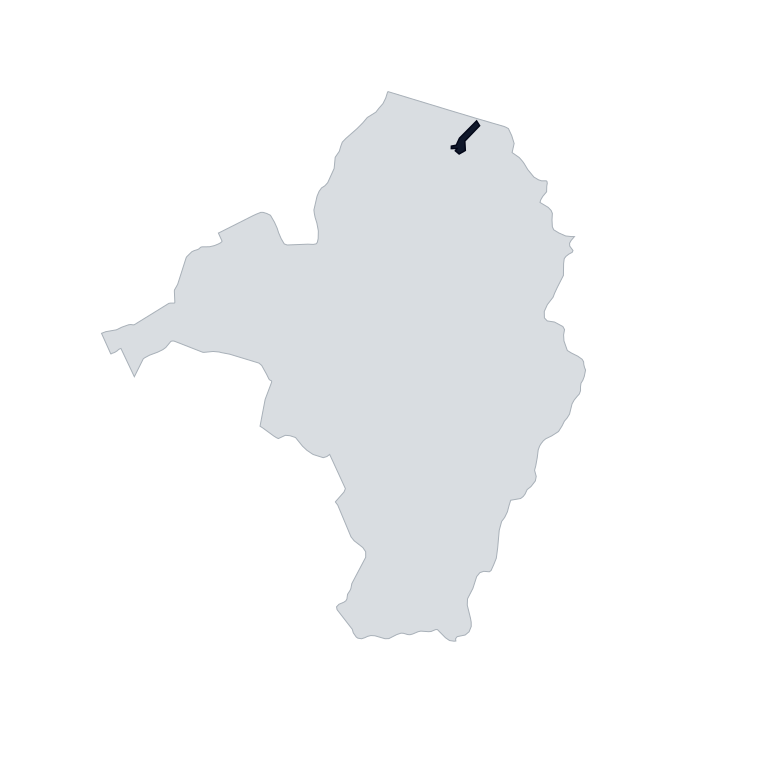 Kapoeta South, Eastern Equatoria, South Sudan (highlighted), rotated 245°
{"feature_id": "79223893B10541432646171", "entity_name": "Kapoeta South", "entity_type": "district", "adm_level": 2, "iso_a3": "SSD", "parent_name": "South Sudan", "parent_adm1": "Eastern Equatoria", "projection": "robinson", "projection_center": [33.621, 4.545], "detail": "fine", "context": "in_parent", "style": "filled", "palette": "ink", "viewbox_px": 768, "rotation_deg": 245, "n_neighbors": 0, "source": "geoboundaries", "source_scale": "gbopen_adm2", "svg_char_len": 3977}
<svg xmlns="http://www.w3.org/2000/svg" viewBox="0 0 768 768"><g transform="rotate(245 384 384)"><path d="M586.0,579.6L566.7,601.6L565.3,602.9L562.9,604.7L555.1,604.7L547.0,603.6L539.6,597.9L532.0,602.3L527.2,603.7L524.4,604.2L517.6,604.9L508.2,607.3L503.9,610.2L501.6,612.6L499.6,616.9L498.7,617.3L496.9,616.8L494.5,615.1L489.5,612.6L486.9,607.1L484.6,603.8L482.6,602.1L474.6,607.5L470.7,608.8L467.5,608.7L461.7,605.6L455.3,603.0L452.0,603.0L447.0,606.3L441.4,611.2L438.5,616.0L437.1,618.9L435.1,614.4L433.2,611.7L430.5,610.6L425.1,611.7L423.8,610.2L423.6,606.4L422.8,602.9L421.4,600.3L417.3,597.7L406.6,592.5L398.3,581.9L394.2,577.0L391.2,573.9L386.9,565.6L382.0,559.9L376.1,557.3L372.2,558.6L368.1,564.7L360.5,570.4L357.0,570.6L352.6,567.5L347.0,565.3L336.9,564.3L332.8,567.0L327.3,571.4L322.7,574.0L319.8,574.3L317.2,573.3L314.1,572.7L311.5,572.6L306.1,568.6L303.3,565.7L301.5,562.9L298.4,560.9L294.9,559.3L292.4,556.8L291.1,553.7L289.1,549.6L286.5,546.0L278.3,539.4L275.8,535.6L274.1,531.8L270.8,527.7L267.2,522.1L266.1,514.0L266.0,507.4L265.2,504.4L263.7,501.4L262.0,498.8L259.1,495.9L252.4,491.7L245.5,486.8L242.2,484.0L235.9,482.9L232.2,480.2L229.0,474.0L227.8,469.1L224.6,465.3L223.2,462.6L222.5,459.4L225.1,449.7L221.4,446.3L216.0,441.8L212.1,437.0L209.7,432.5L202.7,426.6L187.5,417.8L178.7,412.2L173.9,407.1L169.7,402.2L169.3,400.1L172.1,395.2L172.5,391.1L170.3,386.6L161.2,378.2L154.0,368.9L148.4,366.0L135.2,363.4L131.4,362.4L127.4,360.6L123.5,356.4L122.2,351.5L124.1,343.6L122.9,341.2L120.7,340.5L121.3,338.8L123.8,335.0L128.0,332.5L138.9,328.6L139.6,327.1L139.8,322.1L140.7,319.7L144.5,312.9L145.1,310.1L145.3,304.3L145.8,301.6L146.9,299.6L149.9,296.2L151.0,294.1L151.5,289.7L151.2,280.8L152.7,277.3L159.7,269.3L161.6,265.7L162.2,262.5L162.2,259.3L162.6,256.0L164.7,252.9L166.4,251.9L171.5,251.0L175.0,251.6L199.3,246.1L202.1,246.8L203.4,250.1L203.2,255.3L203.6,257.8L204.9,259.6L208.8,262.1L211.4,266.2L212.8,267.7L216.7,270.5L234.7,294.2L239.7,296.5L244.7,295.7L254.5,290.7L259.4,289.5L293.8,290.9L297.6,290.1L297.8,290.2L303.0,302.1L305.5,304.8L343.1,305.0L342.4,301.6L342.9,297.8L349.6,290.5L350.5,289.7L356.3,286.2L362.0,283.9L372.9,281.2L376.9,276.9L379.2,272.9L379.2,265.2L380.7,263.9L383.3,262.2L396.0,255.2L398.1,253.8L420.3,269.8L432.8,282.6L433.6,283.2L434.3,283.4L434.9,283.0L435.5,282.4L437.0,281.8L442.4,281.7L452.5,281.0L455.8,279.5L476.2,256.8L481.4,249.6L482.7,248.1L485.7,242.9L488.8,234.1L489.4,233.1L511.7,211.8L512.5,210.1L512.7,208.8L509.3,201.6L508.6,198.0L508.5,192.4L509.2,183.7L508.9,178.2L508.6,176.7L508.5,176.4L496.1,160.8L527.4,160.6L527.5,158.6L527.4,158.0L526.8,156.1L526.5,153.6L526.5,152.3L526.7,151.0L526.7,150.3L526.6,149.6L526.6,149.3L526.8,149.1L549.3,149.4L549.0,153.9L546.2,164.3L546.3,170.5L545.6,177.6L544.9,179.7L543.7,181.5L543.3,182.3L543.3,183.1L548.0,223.0L547.6,224.6L546.4,227.1L546.0,228.0L546.0,228.6L546.5,229.0L556.9,233.3L557.4,233.6L557.8,233.9L561.5,239.1L582.0,258.0L582.7,259.0L584.8,264.9L585.1,265.8L585.1,267.2L585.1,268.3L584.6,271.9L584.7,273.5L585.1,274.6L585.4,275.8L585.4,276.1L585.2,277.0L582.1,283.9L581.1,288.8L580.9,292.9L581.0,295.3L581.4,296.8L581.7,297.4L582.0,297.6L590.8,297.7L590.8,299.9L591.9,335.9L591.9,339.9L591.6,345.0L590.6,347.0L588.1,349.8L584.9,352.4L576.9,353.1L570.3,353.0L565.6,352.4L559.2,352.2L553.1,352.8L550.9,355.0L542.9,374.1L540.4,378.9L539.7,381.7L540.5,383.4L543.6,385.8L550.5,389.2L558.3,391.2L564.2,392.0L568.2,393.0L571.3,394.0L582.5,402.7L586.1,406.7L588.1,410.3L588.6,414.1L590.2,418.0L600.4,429.9L610.1,435.6L613.8,441.9L617.4,445.0L620.8,448.4L622.7,453.3L626.9,467.7L629.7,475.3L632.6,481.5L633.8,491.5L636.1,496.0L638.5,501.5L642.4,506.4L646.6,510.2L647.3,511.2L605.2,558.1L586.0,579.6Z" fill="#d9dde1" stroke="#a8b0b8" stroke-width="1"/><path d="M560.7,549.3L561.3,556.4L570.0,559.9L577.7,579.8L583.3,579.1L574.9,556.3L569.9,550.4L571.1,545.6L568.9,544.5L566.6,549.8L565.2,547.2L560.7,549.3Z" fill="#0f172a" stroke="#020617" stroke-width="1.5"/></g></svg>